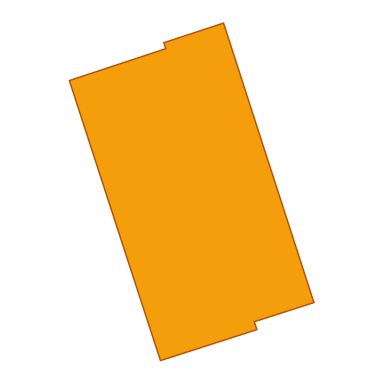 the district of Cavalier, North Dakota, United States of America, rotated 252°
{"feature_id": "52423323B74139134626604", "entity_name": "Cavalier", "entity_type": "district", "adm_level": 2, "iso_a3": "USA", "parent_name": "United States of America", "parent_adm1": "North Dakota", "projection": "equal_earth", "projection_center": [-98.452, 48.772], "detail": "fine", "context": "isolated", "style": "filled", "palette": "amber", "viewbox_px": 384, "rotation_deg": 252, "n_neighbors": 0, "source": "geoboundaries", "source_scale": "gbopen_adm2", "svg_char_len": 310}
<svg xmlns="http://www.w3.org/2000/svg" viewBox="0 0 384 384"><g transform="rotate(252 192 192)"><path d="M49.2,273.8L232.8,274.0L342.9,274.2L342.7,211.4L336.4,211.3L335.9,109.8L335.6,109.8L184.8,109.8L41.4,109.9L41.1,211.2L49.4,211.2L49.2,273.8Z" fill="#f59e0b" stroke="#b45309" stroke-width="1.5"/></g></svg>